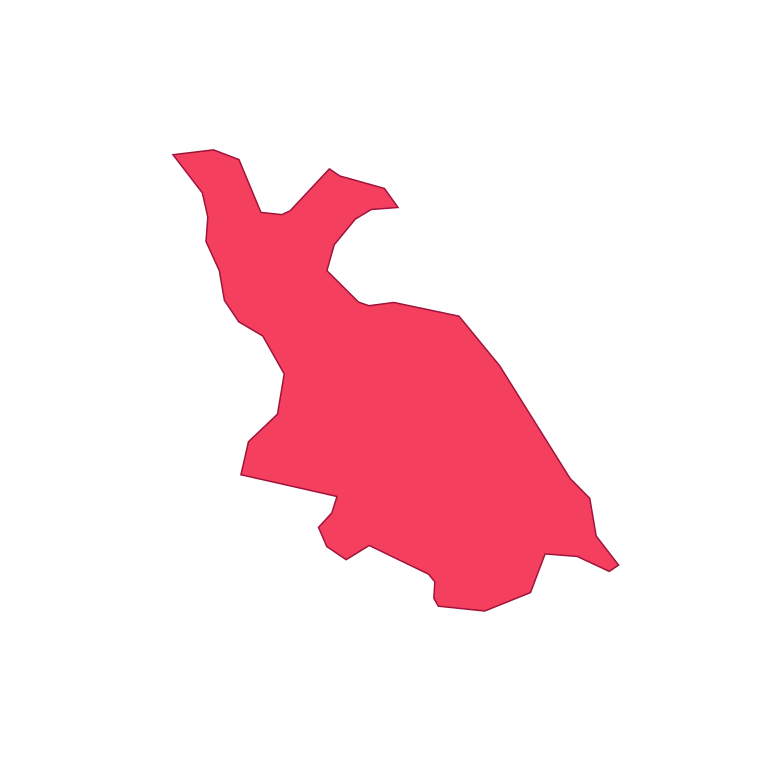 an SVG outline of Barahona, rotated 296°
{"feature_id": "DOM-1970", "entity_name": "Barahona", "entity_type": "Province", "adm_level": 1, "iso_a3": "DOM", "parent_name": "Dominican Republic", "parent_adm1": "", "projection": "robinson", "projection_center": [-71.169, 18.186], "detail": "coarse", "context": "isolated", "style": "filled", "palette": "rose", "viewbox_px": 768, "rotation_deg": 296, "n_neighbors": 0, "source": "natural_earth", "source_scale": "10m", "svg_char_len": 770}
<svg xmlns="http://www.w3.org/2000/svg" viewBox="0 0 768 768"><g transform="rotate(296 384 384)"><path d="M548.8,319.2L535.3,296.1L519.6,285.9L487.3,278.2L460.8,283.0L446.4,325.3L447.8,336.2L461.6,357.1L477.8,421.7L451.0,480.1L380.6,592.8L371.4,619.1L340.4,641.3L324.1,674.2L314.3,668.6L313.7,633.2L301.9,603.3L260.8,607.1L224.1,574.0L208.1,530.3L213.3,522.7L228.5,516.4L232.6,507.3L232.4,441.5L209.5,427.0L212.8,403.9L226.4,388.0L245.2,393.6L262.3,391.1L239.7,295.2L272.7,287.5L310.2,301.5L349.3,289.9L374.0,254.0L376.2,226.3L389.2,203.9L413.7,186.3L434.1,161.5L456.9,152.4L476.1,137.0L497.6,93.8L519.7,128.1L522.1,155.3L484.3,198.1L491.4,217.9L498.5,223.7L553.4,240.6L551.6,253.0L559.9,298.7L548.8,319.2Z" fill="#f43f5e" stroke="#9f1239" stroke-width="1.5"/></g></svg>